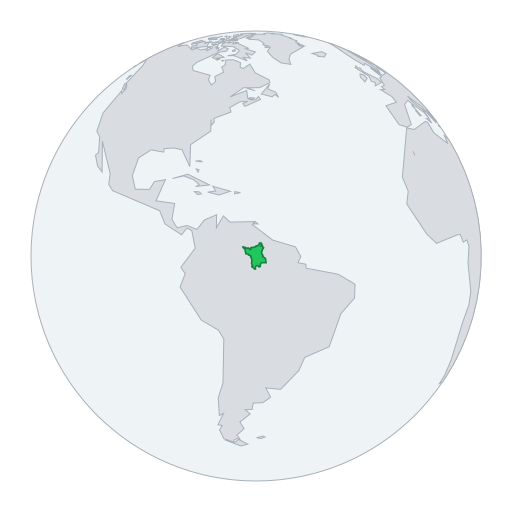 globe centered on Roraima
{"feature_id": "BRA-670", "entity_name": "Roraima", "entity_type": "State", "adm_level": 1, "iso_a3": "BRA", "parent_name": "Brazil", "parent_adm1": "", "projection": "orthographic", "projection_center": [-61.438, 1.924], "detail": "fine", "context": "on_globe", "style": "filled", "palette": "green", "viewbox_px": 512, "rotation_deg": 0, "n_neighbors": 0, "source": "natural_earth", "source_scale": "10m", "svg_char_len": 11268}
<svg xmlns="http://www.w3.org/2000/svg" viewBox="0 0 512 512"><circle cx="256" cy="256" r="225" fill="#eef3f6" stroke="#a8b0b8"/><path d="M183.9,42.6L184.3,42.4L177.6,46.6L186.9,44.8L192.2,50.1L196.3,48.2L200.9,50.0L207.4,48.6L206.5,50.7L212.4,48.0L212.0,46.4L214.4,44.9L218.2,44.2L217.7,46.4L215.8,47.1L217.6,47.4L215.8,49.0L218.8,47.8L217.8,51.1L224.4,47.0L228.3,48.9L226.1,51.3L219.1,52.2L196.6,62.4L192.3,66.4L193.2,70.5L210.2,75.3L208.4,79.8L211.3,85.0L215.6,81.6L214.9,76.5L223.6,72.2L221.7,67.1L225.0,65.0L226.0,60.0L233.6,59.8L240.5,62.6L240.1,67.0L243.2,68.6L249.9,64.1L255.2,72.8L269.3,80.0L269.9,82.8L259.5,87.7L243.5,87.8L230.1,96.9L246.7,90.4L247.8,98.6L251.2,100.0L255.8,99.6L258.5,96.5L260.5,99.5L244.8,106.4L242.8,103.7L247.7,101.3L240.2,101.7L229.7,107.6L231.0,112.0L213.7,118.5L214.4,121.9L211.1,125.7L211.0,119.5L210.8,131.1L190.6,144.6L189.8,166.6L182.0,149.7L174.0,148.0L164.1,148.6L163.7,152.1L151.1,149.9L138.6,157.9L132.3,175.7L135.3,189.2L149.5,189.4L154.5,181.5L165.4,179.7L156.0,200.8L174.7,203.5L171.9,219.5L177.1,227.8L186.9,225.5L196.9,229.4L204.5,219.9L216.6,214.8L216.4,227.8L223.4,215.9L229.9,222.1L254.3,221.6L252.3,224.6L272.8,240.1L295.5,246.9L300.8,256.6L298.0,262.6L306.0,264.3L306.1,268.2L338.3,274.3L355.0,284.2L354.6,297.9L340.9,313.7L329.2,346.7L304.7,357.4L298.9,370.5L280.7,389.4L265.8,387.9L270.6,397.2L262.8,402.7L253.2,403.1L252.1,409.5L245.1,409.6L250.2,413.9L239.9,422.0L244.1,428.7L236.9,435.1L239.9,438.9L236.8,438.7L233.8,440.1L233.9,442.2L223.8,438.6L219.6,429.9L222.2,425.5L218.0,424.8L223.5,413.3L219.4,415.6L218.2,397.9L223.0,383.0L223.8,339.1L218.6,330.3L201.2,320.0L180.1,287.1L185.2,273.6L180.8,267.3L195.2,248.2L191.8,230.6L186.8,228.1L181.6,234.8L165.0,224.0L159.7,210.8L112.7,190.7L108.7,184.3L110.2,173.8L102.4,141.2L102.1,172.0L97.6,166.1L95.5,155.2L98.6,152.4L99.7,136.8L96.8,131.3L103.0,113.0L121.9,90.5L121.7,93.6L126.2,88.5L126.8,84.6L126.0,83.4L142.4,66.0L146.7,59.6L140.5,62.7L147.8,58.6L139.6,63.1L153.8,55.2L168.6,48.3L183.9,42.6ZM187.9,174.2L209.4,184.9L196.5,186.4L199.1,184.3L193.8,179.8L183.7,175.9L172.5,178.5L187.9,174.2ZM199.2,161.7L195.4,161.0L199.2,160.8L199.2,161.7ZM124.9,83.5L126.3,84.9L124.1,89.7L122.4,88.7L124.9,83.5ZM129.8,75.6L131.7,75.1L126.4,79.7L126.9,78.6L129.8,75.6ZM135.0,65.9L135.3,65.9L133.5,66.9L135.0,65.9ZM221.7,60.5L223.8,60.3L222.5,61.3L221.7,60.5ZM220.2,58.8L217.2,60.2L216.0,59.6L217.9,58.7L220.2,58.8ZM224.1,57.3L214.3,58.4L212.3,57.5L217.7,53.6L224.1,57.3ZM210.2,46.3L210.8,47.9L206.8,47.3L210.2,46.3ZM207.0,46.4L191.2,48.2L192.1,45.9L197.2,45.5L195.6,43.7L203.8,41.6L206.6,42.2L204.3,43.9L209.2,41.9L207.0,46.4ZM215.1,44.2L211.8,44.6L212.3,42.6L219.0,41.5L216.7,42.5L215.1,44.2ZM191.1,44.4L192.7,43.0L199.8,40.9L201.4,40.2L204.1,41.4L191.1,44.4ZM218.5,42.6L222.4,41.2L225.6,41.6L218.3,43.8L218.5,42.6ZM209.7,42.6L210.3,41.7L212.1,41.8L209.7,42.6ZM239.0,43.0L235.0,43.0L235.0,41.9L239.0,43.0ZM223.6,40.6L222.5,40.5L222.1,40.2L225.2,39.4L223.6,40.6ZM208.9,40.0L211.6,39.6L208.2,39.4L213.4,38.1L214.3,39.3L216.1,38.3L217.7,38.0L216.6,39.4L208.9,40.0ZM227.1,37.8L229.9,39.6L237.3,39.6L237.5,40.5L225.7,40.4L227.1,37.8ZM221.0,38.6L224.8,38.3L223.2,39.3L219.6,40.2L221.0,38.6ZM216.6,37.0L208.4,38.6L208.5,38.3L216.6,37.0ZM229.5,37.6L228.8,37.2L230.2,37.4L229.5,37.6ZM221.0,36.8L218.0,37.3L218.2,37.0L221.0,36.8ZM229.7,36.2L230.6,36.7L228.2,37.2L229.7,36.2ZM226.0,36.3L226.9,35.8L226.8,37.1L224.6,36.6L226.0,36.3ZM221.6,36.4L220.8,36.4L222.8,36.3L221.6,36.4ZM238.4,34.4L238.8,36.0L233.4,36.9L233.8,35.2L238.4,34.4ZM241.1,446.0L224.9,439.9L233.8,442.7L238.9,439.5L247.8,444.1L241.1,446.0ZM256.6,437.7L263.1,436.0L265.0,437.0L260.9,438.5L256.6,437.7ZM436.5,121.2L436.7,121.7L429.8,113.1L426.1,108.2L436.5,121.2ZM411.3,92.8L421.9,103.7L425.9,108.1L427.0,111.1L433.8,118.9L436.3,123.0L425.7,111.4L422.1,107.0L407.6,96.2L411.6,100.8L425.5,111.8L423.9,111.1L429.4,118.7L423.9,112.4L407.6,100.4L404.6,104.6L411.3,124.6L407.3,127.2L399.1,124.6L385.9,105.8L396.4,102.2L391.8,96.6L380.5,89.6L384.7,89.5L381.4,86.6L384.4,85.4L379.7,77.8L381.5,76.5L370.9,68.3L370.4,66.9L376.8,71.9L382.2,75.2L385.5,73.5L383.6,71.7L376.4,66.8L378.2,67.4L370.9,63.0L368.5,60.9L365.3,60.1L356.8,55.5L350.7,51.9L347.3,50.6L357.4,56.5L361.9,59.2L366.7,61.5L378.6,70.0L379.3,71.9L364.7,63.3L364.2,65.4L353.0,58.7L332.7,45.1L328.7,42.9L333.4,44.4L350.4,51.5L366.9,59.9L382.6,69.6L397.4,80.6L411.3,92.8ZM444.9,378.7L442.7,382.0L439.5,383.5L444.6,375.3L451.1,360.1L462.5,322.7L468.9,304.9L470.8,291.5L468.0,262.9L469.0,246.4L466.9,239.9L463.3,242.2L460.2,234.5L457.5,234.7L436.5,243.4L426.7,234.0L406.8,204.0L408.2,191.1L402.4,177.1L406.7,127.9L414.3,129.5L425.3,121.4L427.9,122.6L433.8,132.8L447.9,143.6L443.9,134.7L449.4,140.4L449.3,140.2L457.3,154.9L464.3,170.2L470.1,185.9L474.7,202.0L478.1,218.4L480.3,235.0L481.2,251.7L480.9,268.5L479.4,285.1L476.6,301.7L472.6,317.9L467.4,333.8L461.0,349.3L453.5,364.3L444.9,378.7ZM413.1,151.4L414.9,155.5L413.1,151.4ZM255.1,221.4L257.9,223.9L254.0,224.0L255.1,221.4ZM194.3,191.6L199.0,191.8L201.4,193.8L197.7,194.5L194.3,191.6ZM234.9,191.6L240.5,192.7L234.5,193.8L234.9,191.6ZM212.9,186.3L230.4,191.3L218.8,195.0L207.8,192.1L215.7,191.0L212.9,186.3ZM196.2,168.9L199.1,169.8L198.0,172.1L196.2,168.9ZM202.0,161.7L200.8,161.9L199.5,160.1L202.0,161.7ZM248.7,98.2L250.0,97.7L254.4,98.0L252.1,99.4L248.7,98.2ZM275.9,92.3L278.5,97.4L275.0,94.4L272.2,96.8L261.3,94.0L269.6,84.1L267.8,88.9L275.9,92.3ZM249.1,88.5L255.1,90.8L248.2,88.7L249.1,88.5ZM360.0,73.8L364.0,75.0L367.2,78.4L364.9,81.9L360.3,76.9L360.0,73.8ZM368.9,76.2L355.1,67.7L355.9,65.8L357.8,68.2L359.7,67.8L363.3,71.6L377.7,78.9L381.4,82.5L375.2,85.9L375.2,82.5L371.2,81.2L368.9,76.2ZM318.1,55.5L312.1,53.4L321.7,51.7L326.2,53.9L324.3,57.0L317.8,56.3L318.1,55.5ZM235.4,50.9L232.5,51.4L232.6,50.6L235.2,49.5L235.4,50.9ZM237.2,43.1L248.3,48.2L245.5,48.9L255.4,51.9L251.9,55.1L245.6,52.9L250.3,58.1L243.3,57.4L247.3,60.9L233.7,55.6L227.5,55.8L235.7,54.3L239.1,51.2L238.7,49.9L233.0,46.6L221.4,46.1L222.9,43.6L227.0,42.0L230.1,41.7L228.1,43.3L233.5,41.8L233.1,44.0L237.2,43.1ZM274.6,33.4L271.1,33.8L281.8,34.2L281.4,35.1L282.7,35.1L285.3,36.3L290.6,37.9L289.3,38.3L291.9,38.8L293.7,39.8L296.9,40.8L295.7,42.1L299.5,43.4L296.8,43.3L303.6,45.5L298.1,44.5L299.8,46.2L304.3,46.2L290.5,54.1L289.0,59.2L290.8,64.4L281.0,62.9L273.0,57.6L267.4,51.4L270.2,47.1L265.2,47.6L265.1,45.8L269.1,46.1L262.9,44.7L263.9,43.4L258.8,39.9L249.3,39.3L247.2,38.3L251.4,37.9L246.4,37.3L252.9,36.1L251.6,35.5L256.6,34.1L265.5,34.3L263.3,33.6L267.1,33.0L274.6,33.4ZM240.0,34.0L250.8,33.3L255.8,33.7L244.9,36.1L245.2,36.8L238.4,39.1L231.2,38.7L233.8,38.0L234.7,37.3L236.6,37.6L235.7,36.8L239.3,36.0L239.6,35.3L243.0,35.1L240.0,34.0ZM426.4,118.6L427.5,118.8L428.4,118.0L431.8,123.1L426.4,118.6ZM415.5,110.4L415.9,109.6L421.2,115.7L420.0,115.8L415.5,110.4ZM411.6,104.2L415.5,109.0L412.7,106.5L411.6,104.2ZM376.7,71.1L376.6,70.3L378.4,71.4L380.5,73.3L376.7,71.1ZM306.4,37.1L303.6,36.7L302.5,36.4L294.5,34.9L294.1,34.5L298.8,35.2L306.4,37.1ZM438.3,125.1L440.4,127.1L439.2,126.5L438.3,125.1ZM304.7,36.4L301.4,35.8L303.3,36.0L304.7,36.4ZM293.5,34.2L294.9,34.3L293.2,34.3L293.5,34.2Z" fill="#d9dde1" stroke="#a8b0b8" stroke-width="1"/><path d="M260.8,242.9L260.9,243.0L261.1,243.0L261.3,243.3L261.7,243.6L261.6,243.9L261.6,244.1L261.6,244.3L261.6,244.6L261.5,245.0L261.4,245.1L261.3,245.3L261.3,245.5L261.2,245.5L261.0,245.8L261.3,245.8L261.6,245.9L261.8,245.9L262.0,246.0L262.1,245.9L262.1,246.0L262.3,246.1L262.7,246.2L262.8,246.3L262.8,246.5L262.7,246.6L262.7,246.8L262.7,247.0L262.8,247.2L263.0,247.3L263.0,247.5L263.2,247.9L263.2,248.0L263.5,248.0L263.4,248.2L263.2,248.4L263.2,248.6L262.9,248.8L262.9,249.0L262.7,249.1L262.6,249.3L262.3,249.4L262.2,249.5L262.3,249.8L262.3,250.1L262.3,250.3L262.2,250.5L262.0,250.9L262.0,251.0L262.0,251.3L261.9,251.3L261.8,251.6L261.7,251.7L261.8,252.0L261.7,252.3L261.6,253.0L261.8,253.3L261.9,253.5L262.0,253.9L262.0,254.1L262.0,254.3L262.3,254.4L262.4,254.5L262.6,254.6L262.6,255.1L262.7,255.3L262.7,255.6L262.7,255.8L262.6,256.0L262.6,256.3L262.8,256.3L263.0,256.3L262.9,256.6L263.0,256.7L263.1,256.8L263.3,256.8L263.5,256.9L263.6,257.0L263.8,257.3L264.0,257.5L264.3,257.6L264.3,257.8L264.5,258.0L264.9,258.2L265.5,258.3L266.1,262.7L262.6,262.7L261.6,262.7L261.4,262.8L261.2,263.0L261.1,263.3L261.0,263.5L260.8,263.7L260.8,263.8L260.7,263.9L260.7,264.1L260.4,264.4L260.4,264.8L260.1,265.4L260.1,265.5L260.2,265.8L260.4,266.0L260.5,266.2L260.4,266.3L260.2,266.4L259.8,266.5L259.7,266.7L259.7,266.8L259.3,266.8L259.1,266.9L258.8,266.9L258.7,266.9L258.7,266.7L258.5,266.3L258.2,266.1L258.1,265.9L258.0,265.7L257.9,265.7L257.7,265.7L257.3,265.5L256.9,265.5L256.7,265.7L256.4,265.9L256.2,265.9L255.9,266.1L255.8,266.3L255.6,266.4L255.6,266.6L255.6,266.8L255.4,267.1L255.4,267.3L255.5,267.6L255.5,267.8L255.5,268.1L255.3,268.6L255.4,269.1L255.2,269.1L254.9,269.1L254.8,268.9L254.7,268.9L254.5,269.0L254.4,269.0L254.3,268.9L254.0,268.5L253.9,268.3L253.7,268.1L253.5,267.9L253.2,267.8L253.0,267.7L252.8,267.4L252.5,267.3L252.3,267.0L252.1,266.8L251.8,266.7L251.8,266.3L252.1,266.3L252.3,266.4L252.5,266.2L252.5,265.6L252.4,265.4L252.3,265.0L252.3,264.8L252.2,264.6L251.9,264.4L251.8,264.0L251.6,263.8L251.5,263.6L251.6,263.4L251.7,263.2L251.6,262.9L251.6,262.6L251.7,262.3L251.7,262.2L251.7,261.9L251.8,261.7L251.7,260.9L251.7,260.7L251.9,260.6L252.0,260.4L252.0,260.2L251.8,259.8L251.8,259.4L251.7,259.3L251.6,259.1L251.6,258.9L251.4,258.2L251.2,257.9L251.0,257.7L250.7,257.3L250.7,257.2L250.8,257.0L250.8,256.9L251.0,256.8L250.9,256.4L251.1,256.1L251.0,255.9L250.8,255.8L250.5,255.6L250.3,255.6L250.1,255.6L249.9,255.6L249.7,255.6L249.4,255.3L249.3,255.2L249.1,255.0L248.9,255.1L248.7,255.1L248.3,254.8L248.4,254.6L248.4,254.3L248.4,254.1L247.9,254.0L247.6,254.0L247.1,254.0L246.9,254.0L246.6,254.0L246.1,253.9L245.9,253.9L245.7,253.8L245.7,253.7L245.9,253.3L245.9,252.9L245.8,252.6L245.5,252.0L245.4,251.8L245.3,251.6L245.1,251.4L245.1,251.1L245.1,250.8L245.1,250.6L245.0,250.1L245.1,249.8L245.2,249.7L245.2,249.4L244.9,249.2L244.7,248.9L244.2,248.7L243.9,248.4L243.7,248.2L243.4,247.9L243.2,247.5L243.1,247.3L243.0,247.2L242.8,247.1L242.8,246.8L242.9,246.7L243.0,246.7L243.2,246.8L243.4,246.9L243.5,247.1L243.5,247.3L244.5,247.2L245.0,247.3L245.3,247.3L245.5,247.5L245.6,248.0L245.8,248.3L246.0,248.3L246.4,248.0L246.6,248.0L246.8,248.1L247.2,248.0L247.4,248.1L247.7,248.3L247.9,248.4L248.0,248.4L248.1,248.2L248.3,247.9L248.5,248.0L248.8,248.1L248.9,248.3L249.1,248.6L249.4,248.8L249.9,249.4L250.1,249.5L250.3,249.6L250.6,249.4L250.9,249.2L250.9,248.9L250.9,248.7L250.8,248.4L250.7,248.3L250.7,248.2L250.8,248.0L250.8,247.8L250.9,247.7L251.2,247.7L251.5,247.7L251.7,247.4L251.9,247.3L252.0,247.2L252.3,247.2L253.0,247.5L253.4,247.4L253.7,247.2L253.8,247.2L254.1,247.3L254.5,247.1L254.7,246.9L254.8,246.9L255.0,246.8L255.4,246.8L255.5,246.9L255.7,246.7L255.7,246.4L255.9,246.2L256.2,246.2L256.4,246.2L256.5,246.1L256.4,245.8L256.5,245.8L256.8,245.8L257.1,245.9L257.3,245.8L257.7,245.8L257.8,245.7L258.0,245.3L258.1,245.1L258.3,245.0L258.6,244.9L258.8,244.8L259.0,244.6L259.2,244.3L259.3,244.1L259.3,243.9L259.0,243.2L258.9,243.2L258.7,243.1L258.9,243.1L259.2,243.1L259.4,243.2L259.7,243.1L259.8,243.2L260.0,243.1L260.3,243.2L260.6,242.9L260.8,242.9Z" fill="#22c55e" stroke="#15803d" stroke-width="1.5"/></svg>